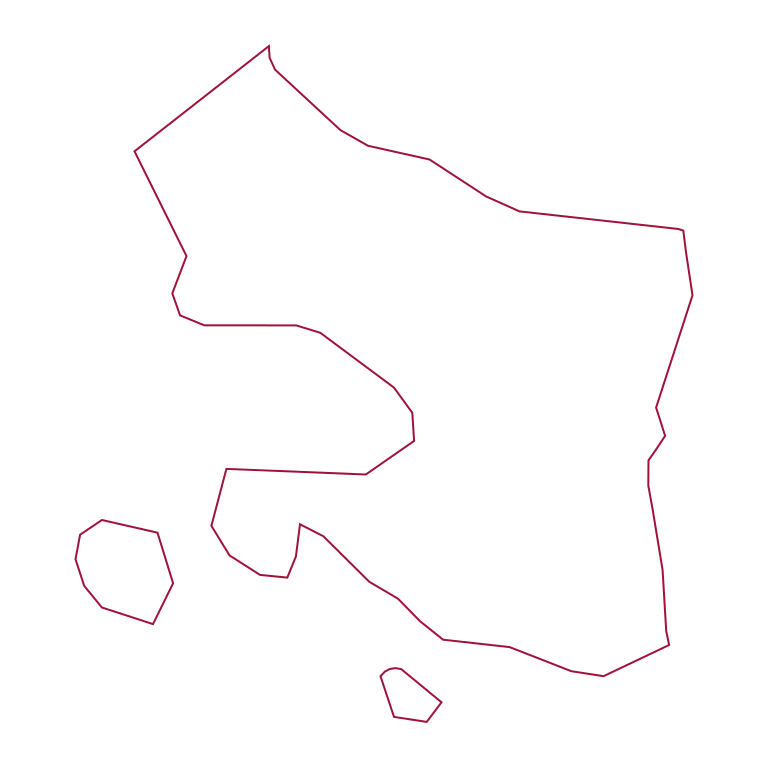 the District of Qazax
{"feature_id": "AZE-1684", "entity_name": "Qazax", "entity_type": "District", "adm_level": 1, "iso_a3": "AZE", "parent_name": "Azerbaijan", "parent_adm1": "", "projection": "natural_earth1", "projection_center": [45.184, 41.159], "detail": "fine", "context": "isolated", "style": "outline", "palette": "rose", "viewbox_px": 768, "rotation_deg": 0, "n_neighbors": 0, "source": "natural_earth", "source_scale": "10m", "svg_char_len": 939}
<svg xmlns="http://www.w3.org/2000/svg" viewBox="0 0 768 768"><path d="M365.8,474.5L414.1,440.9L412.3,412.8L394.0,387.6L320.3,332.8L296.2,325.4L204.2,325.3L180.1,315.4L172.3,293.4L186.5,256.1L134.5,151.3L268.9,46.1L269.6,57.8L275.1,69.7L340.5,130.2L368.1,145.8L429.5,159.5L486.2,196.5L519.5,211.4L678.3,229.0L683.3,230.6L686.0,252.2L692.5,295.3L656.1,407.6L660.8,422.2L665.1,435.9L656.5,448.9L648.5,460.3L648.3,485.6L652.7,509.8L662.6,570.1L666.2,630.9L669.0,644.4L669.1,645.0L603.5,676.2L571.3,671.2L509.6,647.1L443.1,639.7L420.0,621.2L398.1,598.8L369.3,581.8L323.3,536.2L300.0,524.3L295.9,556.5L287.3,577.6L260.0,574.9L229.5,555.4L211.4,525.8L226.4,468.9L365.8,474.5ZM101.9,520.0L157.5,532.7L173.1,583.3L153.0,624.1L101.9,607.5L84.2,585.9L75.5,559.2L80.1,534.7L101.9,520.0ZM395.4,668.1L401.2,669.1L441.5,702.3L426.7,721.9L394.0,716.9L380.5,676.2L384.9,671.6L389.8,669.0L395.4,668.1Z" fill="none" stroke="#9f1239" stroke-width="2"/></svg>